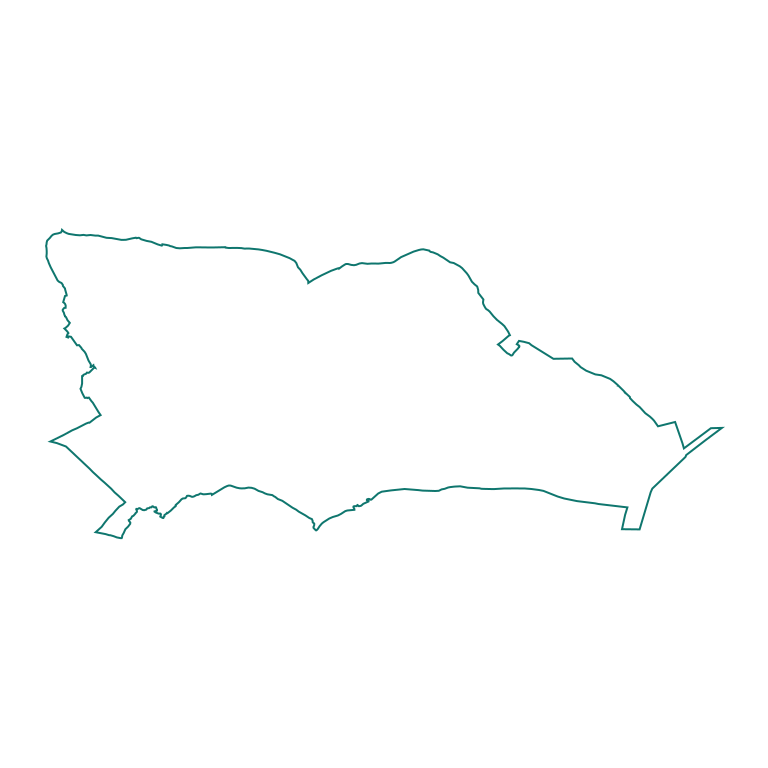 Oarta De Jos, Maramures, Romania
{"feature_id": "2599482B78193097020496", "entity_name": "Oarta De Jos", "entity_type": "district", "adm_level": 2, "iso_a3": "ROU", "parent_name": "Romania", "parent_adm1": "Maramures", "projection": "robinson", "projection_center": [23.086, 47.461], "detail": "fine", "context": "isolated", "style": "outline", "palette": "teal", "viewbox_px": 768, "rotation_deg": 0, "n_neighbors": 0, "source": "geoboundaries", "source_scale": "gbopen_adm2", "svg_char_len": 6009}
<svg xmlns="http://www.w3.org/2000/svg" viewBox="0 0 768 768"><path d="M363.3,503.8L368.5,501.5L368.6,501.0L366.9,500.2L366.9,499.6L367.3,499.2L368.6,498.9L369.7,499.1L370.6,499.7L371.4,499.6L378.2,493.5L381.7,491.7L391.0,490.4L404.6,489.0L418.3,490.1L422.6,490.6L435.2,491.0L438.8,490.8L441.6,489.4L444.7,488.8L448.1,487.5L450.2,487.1L454.4,486.6L460.1,486.3L467.7,487.7L479.4,488.3L481.5,488.8L484.6,488.9L493.7,489.1L503.5,488.5L515.2,488.4L525.1,488.5L531.4,489.0L539.0,490.0L543.5,490.9L557.6,496.5L564.2,498.5L577.0,501.1L595.0,503.3L598.4,504.0L627.4,507.4L625.1,514.9L622.0,529.2L639.6,529.4L650.7,492.2L652.3,488.6L685.1,457.3L685.7,456.6L686.0,455.4L686.4,454.9L705.5,440.2L721.9,427.9L710.9,428.2L683.9,448.4L682.5,443.4L675.1,422.0L658.0,426.3L654.0,420.6L652.3,418.8L649.9,416.6L645.3,413.2L639.6,407.0L636.4,404.5L632.6,400.9L630.0,398.1L629.9,397.0L625.6,393.0L625.4,393.1L625.2,392.9L625.4,392.8L623.7,390.9L618.6,385.9L618.3,385.8L618.4,385.7L617.7,385.0L613.5,381.3L610.1,378.9L601.4,375.3L595.3,374.4L586.2,370.7L580.6,367.1L578.8,365.2L574.6,361.8L572.1,358.5L553.4,358.8L531.5,345.2L529.1,343.2L523.8,341.8L519.0,340.9L516.8,344.2L519.0,345.5L519.4,346.1L519.2,346.9L518.9,346.8L518.1,348.4L514.0,352.6L512.5,355.0L512.0,355.4L511.1,355.5L508.7,353.9L507.3,353.3L503.5,349.8L499.8,345.8L498.0,344.5L502.4,341.2L508.8,335.7L509.9,335.2L508.1,331.6L504.4,326.1L502.0,323.9L497.0,319.9L493.4,316.2L489.6,311.5L487.7,309.9L486.4,309.2L485.7,308.4L484.6,306.6L483.2,303.8L483.0,302.2L483.4,299.5L478.3,292.9L478.2,290.0L477.3,286.8L477.0,286.3L474.6,284.4L471.9,281.7L468.4,275.5L466.8,273.3L462.1,268.1L459.8,266.3L453.7,263.0L450.1,262.3L443.2,257.6L440.4,256.1L437.7,254.3L433.1,252.4L430.7,251.9L429.5,251.1L429.3,250.6L423.3,249.3L421.0,249.5L418.8,250.0L413.6,251.6L401.1,257.1L394.7,261.5L393.4,262.2L391.3,262.8L389.9,263.0L385.9,262.9L378.6,263.6L371.9,263.5L367.5,263.8L362.0,263.1L359.5,263.5L356.2,264.8L354.0,265.2L351.2,264.9L348.0,264.0L346.1,264.0L345.3,264.3L342.3,266.2L339.2,268.5L339.1,268.1L337.4,268.5L331.1,270.8L321.6,275.3L313.7,279.5L308.3,283.0L308.2,280.8L307.0,279.4L302.4,273.1L300.3,269.7L298.0,267.3L296.3,263.0L294.6,260.9L289.5,258.1L280.0,254.3L274.3,252.7L266.5,250.8L262.3,250.0L258.5,249.4L248.8,248.5L244.4,248.6L241.4,248.1L236.8,247.9L228.8,248.0L226.1,247.7L225.5,247.6L225.4,247.2L211.7,247.5L196.2,247.3L187.3,248.0L184.7,248.0L179.8,248.3L176.3,248.0L171.8,246.4L170.2,246.1L169.0,245.5L166.3,244.9L162.4,244.3L162.3,245.0L161.8,245.6L160.7,245.3L157.7,244.4L151.4,241.8L146.6,240.9L141.2,239.3L139.2,237.9L138.4,237.8L136.6,238.2L136.3,238.1L135.9,237.7L132.0,238.4L125.9,239.8L121.5,239.9L111.7,238.1L106.5,237.8L98.2,235.6L95.4,235.6L90.5,235.0L86.4,235.4L83.5,234.9L79.9,235.3L75.8,235.0L68.7,233.9L66.8,233.2L64.2,231.9L62.0,229.9L61.7,231.4L60.9,232.5L58.0,233.4L54.6,234.0L52.9,234.7L51.5,235.9L49.8,238.0L47.2,240.6L46.7,242.3L46.5,244.3L46.1,245.9L46.5,248.0L46.7,251.0L46.7,253.6L46.4,256.5L46.9,258.4L48.0,260.5L48.8,263.0L50.7,267.3L57.6,280.5L59.2,281.9L61.5,283.0L62.8,284.8L62.9,285.9L65.0,288.5L65.1,289.4L66.6,294.7L66.7,295.5L65.0,296.0L63.2,302.2L64.4,303.1L65.1,304.0L65.4,304.7L65.7,305.8L65.6,307.8L64.3,307.9L63.8,308.4L62.8,309.6L62.7,310.2L62.8,310.8L63.9,312.8L64.4,314.8L65.0,315.8L65.0,316.4L66.0,317.1L67.5,320.2L69.8,322.9L68.1,325.6L65.4,328.0L64.4,328.5L67.4,331.6L68.4,333.1L67.4,334.3L66.5,336.9L68.1,337.5L68.5,336.4L71.0,336.8L77.0,345.3L79.0,345.1L81.4,347.9L81.7,348.7L84.6,351.8L85.9,353.9L88.5,360.5L90.7,364.2L90.9,365.4L90.6,367.0L91.1,367.0L93.4,365.2L93.6,366.2L95.1,367.6L95.2,367.8L94.5,367.5L93.7,368.1L89.3,372.5L88.3,372.8L86.9,372.6L86.1,373.7L83.7,374.7L83.2,375.1L83.0,375.9L82.1,376.1L82.1,383.5L81.4,386.9L80.5,388.8L82.3,393.2L84.7,397.8L85.2,397.9L86.8,397.6L87.3,398.1L88.9,397.6L91.4,401.1L92.8,402.7L98.4,411.9L100.6,415.1L96.2,417.5L89.5,422.7L88.6,422.6L86.0,423.6L76.9,428.3L72.2,430.3L63.6,435.0L50.4,441.5L56.9,443.1L66.0,446.5L89.8,468.9L92.7,471.9L100.9,479.5L104.4,482.5L111.2,488.7L114.6,492.4L118.5,495.8L125.2,502.2L122.9,504.5L119.3,506.6L115.4,510.8L112.9,513.9L108.7,517.7L104.8,522.5L101.7,526.8L95.7,532.2L105.6,534.1L109.2,535.2L110.2,535.2L113.7,536.2L116.8,537.4L120.4,538.1L121.7,538.1L122.0,537.4L122.3,535.4L123.6,533.2L125.4,529.2L128.1,526.6L130.2,523.8L130.3,522.5L128.9,520.8L128.7,520.1L130.8,518.8L132.1,516.4L133.4,515.8L135.4,513.6L135.5,513.2L136.7,512.2L137.0,511.1L136.2,509.2L136.4,508.9L137.4,509.1L139.1,508.2L139.7,508.2L142.7,510.0L144.2,510.2L146.3,509.6L147.2,508.4L149.1,508.1L150.1,507.3L151.5,507.3L152.3,506.3L153.0,506.4L154.3,507.4L155.8,507.2L156.1,507.5L156.4,508.7L157.0,509.7L157.0,510.5L156.8,510.8L154.5,511.4L154.5,511.6L155.8,512.5L158.6,513.6L160.4,513.6L160.9,514.2L160.9,514.9L160.3,516.6L162.5,517.9L163.3,518.0L163.6,517.7L163.7,516.8L164.4,516.4L164.3,515.5L164.5,515.0L166.0,514.0L166.9,513.0L167.2,513.3L167.6,513.1L170.9,510.5L174.0,507.4L175.4,506.4L175.8,505.9L175.5,505.5L175.7,505.0L178.9,502.2L181.5,499.3L182.8,498.5L185.3,498.2L186.0,497.6L187.0,495.9L188.1,495.7L189.7,495.9L191.9,496.8L192.8,496.8L194.3,496.3L196.2,495.2L198.5,494.7L199.8,493.8L200.6,493.5L203.2,494.3L205.9,494.2L210.7,493.6L211.6,493.8L211.9,494.9L224.4,487.3L227.2,486.0L228.9,485.5L230.7,485.6L236.7,487.7L239.8,488.3L241.7,488.4L244.8,488.3L248.4,487.6L251.5,487.8L254.6,488.7L258.5,490.9L262.6,492.2L264.9,493.4L267.4,494.3L272.3,495.1L274.3,496.5L275.2,496.9L277.8,499.0L282.3,500.8L292.5,507.7L296.2,509.7L298.7,511.6L305.4,515.4L309.3,518.0L311.9,519.1L312.7,521.0L312.6,522.0L313.2,522.8L314.1,523.4L314.3,523.9L314.1,525.7L313.5,526.8L313.5,527.8L315.0,529.5L316.1,530.4L316.7,530.1L317.7,529.1L319.6,526.2L321.8,523.6L323.5,522.2L329.3,518.5L332.8,517.0L337.9,515.5L341.0,513.9L345.3,511.1L347.3,510.5L354.4,509.8L354.4,509.0L353.4,507.1L353.4,506.8L353.6,506.4L354.8,506.1L356.6,506.1L357.2,505.2L357.5,505.0L358.0,505.4L358.3,505.9L358.9,506.2L360.6,505.9L361.3,505.6L363.3,503.8Z" fill="none" stroke="#0f766e" stroke-width="2"/></svg>